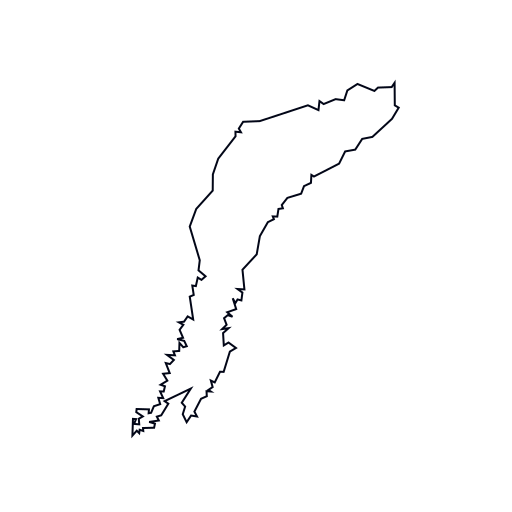 the district of Zentla, Veracruz, Mexico, rotated 113°
{"feature_id": "50627088B99707223574870", "entity_name": "Zentla", "entity_type": "district", "adm_level": 2, "iso_a3": "MEX", "parent_name": "Mexico", "parent_adm1": "Veracruz", "projection": "orthographic", "projection_center": [-96.71, 19.078], "detail": "medium", "context": "isolated", "style": "outline", "palette": "ink", "viewbox_px": 512, "rotation_deg": 113, "n_neighbors": 0, "source": "geoboundaries", "source_scale": "gbopen_adm2", "svg_char_len": 1951}
<svg xmlns="http://www.w3.org/2000/svg" viewBox="0 0 512 512"><g transform="rotate(113 256 256)"><path d="M469.6,299.6L463.4,297.5L464.7,294.3L461.4,295.2L461.1,291.4L458.5,292.8L453.9,282.7L449.8,283.5L450.5,289.5L445.4,281.2L442.6,284.5L439.7,281.0L426.2,279.0L425.3,283.4L403.5,264.2L420.1,267.0L422.3,262.4L430.3,261.6L436.1,254.9L428.2,253.4L426.8,247.6L423.3,251.9L408.9,250.8L404.3,246.5L399.8,248.7L398.4,244.7L397.9,247.5L393.6,244.7L388.3,248.9L388.5,244.6L376.6,243.9L375.3,240.5L354.2,242.7L348.5,238.5L346.4,247.5L350.9,250.7L339.8,256.2L333.1,253.0L336.5,258.6L330.8,256.2L325.7,261.1L321.5,258.9L321.1,253.9L319.0,260.5L312.6,253.5L304.0,260.9L307.4,256.6L303.2,256.0L302.6,252.1L295.0,254.2L293.6,260.1L291.3,253.6L273.9,263.1L254.2,256.0L236.2,260.2L220.2,258.3L215.1,253.9L213.0,256.0L211.4,251.8L203.9,253.7L201.6,249.9L199.0,252.2L190.2,249.8L181.0,238.8L172.9,239.1L167.2,234.0L159.7,236.7L160.2,233.7L138.5,215.6L124.9,214.8L119.3,206.2L106.7,204.0L100.9,195.4L76.6,184.4L63.7,182.6L63.1,187.1L42.4,196.1L47.5,197.1L53.3,209.5L57.8,211.5L58.0,229.8L67.9,236.6L78.2,235.7L80.5,244.0L89.7,253.1L88.6,258.1L97.3,255.5L97.0,267.1L130.4,305.3L137.5,320.3L145.4,321.6L148.0,318.2L149.6,323.5L153.8,321.6L181.1,328.8L197.7,327.6L212.7,321.4L236.0,329.4L254.8,328.5L281.9,306.1L291.7,303.3L294.4,294.5L299.3,296.9L298.6,301.2L307.2,299.6L308.1,303.1L316.2,298.1L319.3,301.1L339.0,289.0L338.3,295.3L344.6,296.6L347.2,301.1L347.7,296.0L353.8,297.5L359.8,291.2L363.3,296.1L362.2,288.9L366.1,284.5L368.4,287.3L365.9,292.5L373.4,289.6L376.1,294.8L379.1,291.8L381.8,299.3L383.8,291.0L389.1,293.0L389.8,297.2L397.5,289.7L400.7,295.5L405.4,288.9L411.8,293.5L411.5,288.9L416.8,288.0L418.1,291.4L423.1,285.9L424.7,290.5L429.8,286.3L434.2,291.3L441.3,291.3L442.7,293.4L439.0,294.6L443.5,306.1L446.5,305.2L447.9,297.5L451.6,300.3L456.6,297.7L458.2,302.6L453.0,302.7L454.0,305.6L469.6,299.6Z" fill="none" stroke="#020617" stroke-width="2"/></g></svg>